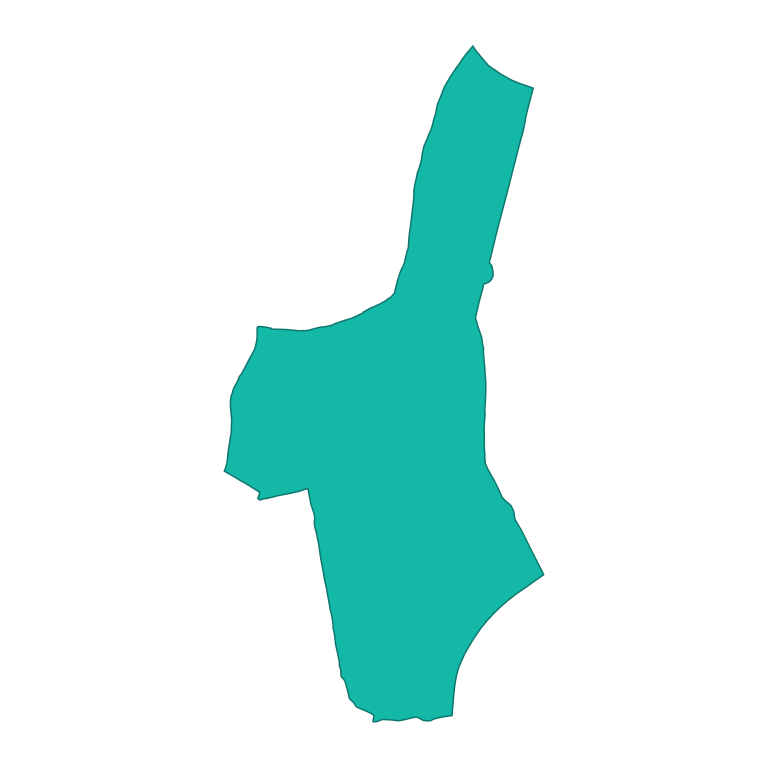 Thon Buri, Bangkok Metropolis, Thailand (Equal Earth projection)
{"feature_id": "78962969B37359876414663", "entity_name": "Thon Buri", "entity_type": "district", "adm_level": 2, "iso_a3": "THA", "parent_name": "Thailand", "parent_adm1": "Bangkok Metropolis", "projection": "equal_earth", "projection_center": [100.483, 13.718], "detail": "fine", "context": "isolated", "style": "filled", "palette": "teal", "viewbox_px": 768, "rotation_deg": 0, "n_neighbors": 0, "source": "geoboundaries", "source_scale": "gbopen_adm2", "svg_char_len": 5605}
<svg xmlns="http://www.w3.org/2000/svg" viewBox="0 0 768 768"><path d="M543.7,574.6L531.9,551.4L530.5,548.6L521.5,530.5L515.5,520.4L514.9,519.1L513.7,511.4L511.2,505.9L508.1,502.9L506.0,501.3L504.0,499.4L502.3,497.5L496.3,484.6L495.1,482.2L493.4,479.0L491.9,476.5L490.4,473.9L489.1,471.4L487.7,469.0L486.5,466.2L485.6,464.2L485.4,463.6L485.3,463.0L485.2,461.1L484.8,458.1L484.9,455.1L484.3,447.3L484.3,444.6L484.3,443.6L484.2,429.0L484.4,423.3L484.4,422.9L485.0,415.8L485.0,413.0L484.8,409.8L484.9,408.1L485.3,403.3L485.8,389.6L485.8,389.0L485.7,381.7L484.6,365.6L484.1,361.3L483.3,350.4L483.6,348.5L483.4,347.4L483.0,346.5L481.6,337.3L477.8,326.1L476.7,321.7L476.6,321.4L475.4,318.0L475.8,316.4L476.9,311.4L479.1,302.0L480.6,296.4L480.9,295.3L481.4,293.4L481.9,291.4L482.7,288.8L483.2,286.3L483.7,284.2L484.0,283.8L485.8,283.4L486.8,283.0L488.7,282.1L488.9,281.9L490.4,280.7L491.7,279.0L492.4,277.8L492.8,276.4L493.1,275.0L493.1,274.3L493.1,273.3L493.0,272.0L492.7,270.1L492.3,268.1L492.1,266.7L491.7,265.7L490.8,264.4L490.0,263.5L489.3,262.8L495.6,236.7L502.0,211.8L503.7,205.6L508.4,187.8L511.9,173.9L515.5,159.8L518.8,147.0L520.3,141.3L521.6,136.5L522.5,133.7L524.3,125.8L524.6,123.8L526.1,115.9L527.0,111.8L529.9,100.9L533.2,88.2L518.5,83.0L511.2,80.0L500.6,74.0L488.5,65.6L487.8,64.9L485.1,61.7L478.0,53.2L476.4,51.4L474.2,48.2L472.9,46.1L466.2,53.9L464.5,56.3L462.7,58.6L460.6,61.9L458.9,64.4L458.0,65.6L456.3,67.7L451.5,74.9L449.7,77.8L444.1,87.5L441.2,95.2L440.8,96.3L438.5,101.7L438.3,102.1L438.1,102.7L437.3,105.1L436.6,108.3L436.0,112.2L435.5,114.0L433.9,119.0L432.6,124.6L430.8,130.2L430.2,131.4L429.4,133.2L429.0,134.1L428.6,135.1L427.7,137.3L427.2,139.0L426.1,141.2L424.2,145.6L423.5,148.1L422.2,154.4L421.6,158.9L421.3,160.4L420.7,162.8L419.4,167.4L418.8,169.2L418.2,170.7L417.5,172.4L416.7,176.7L414.6,185.5L414.3,188.0L413.8,191.3L414.0,193.2L413.7,195.3L413.9,197.4L410.4,226.9L409.3,234.2L409.0,237.9L408.6,242.9L408.5,245.4L408.5,246.0L408.0,248.8L407.4,250.1L407.2,251.0L406.6,253.1L404.6,262.4L404.0,263.7L402.9,266.5L401.8,268.5L400.0,272.8L397.4,280.9L396.9,282.9L395.1,290.4L394.7,292.1L394.5,293.0L393.2,294.6L393.0,294.8L390.1,297.9L388.9,298.2L384.3,301.6L378.1,304.9L377.3,305.1L376.5,305.4L375.6,306.0L369.9,308.4L363.4,312.1L363.5,312.5L362.5,313.2L361.3,313.8L351.4,318.4L344.3,320.5L336.6,323.1L335.4,323.4L334.9,323.8L332.0,325.1L330.7,325.5L325.0,326.8L321.4,327.0L317.6,327.8L308.3,330.3L307.4,330.3L307.2,330.3L306.9,330.4L306.7,330.5L306.0,330.7L305.8,330.7L304.4,330.8L303.7,330.7L302.4,330.6L300.0,330.8L298.8,330.8L297.0,330.6L296.3,330.5L292.8,330.2L291.1,330.1L290.1,330.0L289.2,329.9L288.5,329.8L287.0,329.6L284.7,329.5L279.5,329.3L273.7,329.2L272.3,329.2L271.7,329.0L271.4,328.4L270.8,328.2L266.6,327.3L263.0,326.8L261.3,326.6L259.8,326.5L258.2,326.6L257.7,327.0L257.2,327.6L257.1,334.3L257.1,336.4L257.1,337.2L257.0,338.5L256.8,340.0L256.2,343.3L255.1,348.0L254.6,349.3L247.5,362.5L247.0,363.7L241.6,373.7L241.1,374.4L239.8,375.9L238.5,378.8L236.8,382.8L234.4,386.9L233.7,388.4L233.1,390.0L232.3,393.3L232.2,393.6L231.5,394.9L231.2,396.0L230.8,397.9L230.5,400.5L230.4,403.3L230.5,406.7L231.0,412.5L231.1,412.9L231.0,413.3L231.7,420.1L231.2,432.6L231.1,433.8L230.2,438.1L229.7,442.1L228.3,450.8L227.9,453.9L227.5,458.5L227.0,462.8L226.8,463.6L225.6,467.8L224.3,471.1L226.3,472.3L233.1,476.1L240.9,480.9L244.4,482.8L248.3,485.0L255.1,489.4L258.0,491.2L259.8,492.4L258.0,498.1L257.8,498.5L258.6,499.1L259.0,499.4L259.4,499.6L259.8,499.8L260.2,500.0L260.4,500.0L260.6,500.0L261.0,499.8L261.7,499.4L262.2,499.2L264.7,498.7L267.5,498.3L269.1,497.9L270.2,497.6L273.2,496.9L277.9,495.7L279.2,495.4L280.6,495.1L286.8,494.0L296.5,491.9L300.0,491.0L307.9,488.4L308.8,493.2L309.8,498.3L310.1,499.9L310.4,502.0L310.8,503.7L310.9,504.0L312.8,510.1L313.1,510.7L313.2,511.0L313.9,513.4L314.6,516.7L314.8,518.9L314.8,519.5L314.7,520.0L314.7,520.3L314.6,520.6L314.3,521.1L314.2,521.4L314.2,521.7L314.7,526.1L314.8,526.8L316.1,531.7L316.2,532.0L317.7,539.4L318.3,542.0L318.9,545.7L320.7,558.2L320.8,558.8L322.2,566.2L323.4,572.9L323.5,573.4L324.5,579.6L325.3,582.8L326.9,590.3L327.0,591.0L327.3,593.2L328.9,601.7L330.1,609.1L330.8,612.0L331.3,613.4L331.8,615.8L333.2,625.0L333.3,625.4L333.0,627.5L334.7,635.8L335.5,643.4L335.6,643.9L335.7,644.6L336.3,647.4L337.8,654.2L339.3,661.6L339.4,663.1L339.4,665.6L339.4,665.9L339.5,666.1L340.3,668.5L340.6,669.1L340.8,670.0L341.0,675.4L341.0,675.6L341.1,675.9L341.2,676.2L341.3,676.5L341.5,676.8L341.6,677.0L342.8,678.3L344.0,679.7L344.3,680.2L344.7,680.9L345.0,681.5L345.6,683.2L346.3,686.0L347.3,689.5L347.6,690.6L348.4,693.9L349.1,697.5L349.3,698.1L349.5,698.5L349.7,698.9L350.1,699.4L351.1,700.2L353.5,702.6L353.8,703.0L354.3,703.5L356.0,706.4L356.4,706.7L356.7,706.9L357.4,707.3L360.1,708.6L363.4,709.9L366.8,711.4L371.3,713.6L372.3,714.2L373.2,714.9L373.4,715.1L373.6,715.3L373.8,715.7L373.9,716.1L373.9,716.5L373.9,716.8L373.8,717.1L372.9,721.0L373.0,721.6L373.7,721.9L374.4,721.8L374.8,721.8L376.0,721.8L379.0,720.9L379.6,720.6L381.2,719.9L382.6,719.4L385.5,719.6L392.4,720.0L396.3,720.6L398.2,720.7L400.4,720.5L403.0,720.0L413.8,717.4L414.0,717.4L416.2,717.2L416.8,717.2L418.3,717.7L420.1,718.7L423.2,720.4L424.6,720.6L426.5,720.8L428.1,720.8L428.4,720.8L428.9,720.9L430.2,720.6L431.0,720.5L432.5,719.7L434.8,718.7L441.3,717.2L452.0,715.5L453.5,698.0L454.3,689.1L455.4,681.2L456.7,674.8L458.8,667.2L461.7,660.5L464.6,654.0L468.7,646.8L473.3,639.2L475.9,635.4L481.4,627.4L486.6,621.1L493.4,613.8L500.0,607.3L507.3,600.9L515.4,594.5L522.3,589.7L528.8,585.2L543.7,574.6Z" fill="#14b8a6" stroke="#0f766e" stroke-width="1.5"/></svg>